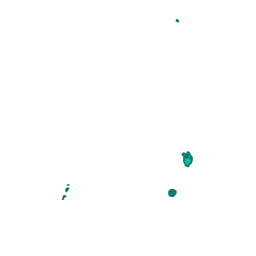 outline of Temotu Vatu, Temotu, Solomon Islands, rotated 247°
{"feature_id": "97153195B86794958448560", "entity_name": "Temotu Vatu", "entity_type": "district", "adm_level": 2, "iso_a3": "SLB", "parent_name": "Solomon Islands", "parent_adm1": "Temotu", "projection": "mercator", "projection_center": [166.908, -11.034], "detail": "fine", "context": "isolated", "style": "filled", "palette": "teal", "viewbox_px": 256, "rotation_deg": 247, "n_neighbors": 0, "source": "geoboundaries", "source_scale": "gbopen_adm2", "svg_char_len": 4534}
<svg xmlns="http://www.w3.org/2000/svg" viewBox="0 0 256 256"><g transform="rotate(247 128 128)"><path d="M82.5,173.9L82.3,173.4L81.9,172.8L81.8,172.5L81.2,171.9L80.8,172.1L80.3,172.3L79.6,171.5L79.5,171.4L79.2,171.4L78.7,171.3L78.7,171.0L78.4,171.2L78.5,171.5L78.8,171.7L78.9,171.8L78.7,171.9L78.7,172.0L78.3,172.1L78.2,171.9L78.1,171.7L77.9,171.6L77.8,171.8L77.6,171.7L77.5,171.4L77.9,171.2L77.9,170.8L78.0,170.7L78.0,170.3L78.2,170.2L78.0,169.8L78.2,169.6L78.1,169.3L78.2,169.2L78.4,169.1L78.6,168.9L79.0,168.4L79.0,168.1L78.9,168.0L78.5,167.7L78.1,167.7L77.9,167.6L77.4,167.5L77.4,167.3L77.1,167.3L76.6,167.1L76.4,166.8L76.2,166.8L76.2,166.7L75.9,166.4L75.4,166.4L75.2,166.5L74.9,166.5L74.2,166.5L74.0,166.4L73.7,166.5L73.5,166.4L73.3,166.6L72.7,166.6L72.6,166.8L71.9,166.6L71.6,166.6L71.4,166.5L71.1,166.2L70.9,166.4L70.9,166.8L70.7,167.1L70.4,167.1L70.1,167.3L69.9,167.3L69.7,167.6L69.4,167.8L69.5,167.9L69.3,168.1L69.1,168.3L69.0,168.7L69.2,168.8L69.5,169.2L69.6,169.3L70.0,169.2L69.9,169.4L70.1,169.6L70.2,170.0L70.2,169.9L70.5,169.9L70.6,170.0L70.8,170.3L70.5,170.8L70.6,171.1L70.7,171.7L70.8,171.8L71.0,171.8L71.0,172.3L71.2,172.5L71.5,172.8L72.1,173.1L72.2,173.4L72.2,173.5L72.4,173.7L73.0,173.8L73.4,174.4L73.7,174.6L74.3,174.6L74.6,174.3L74.9,174.1L75.0,173.7L75.3,173.4L75.5,173.3L75.8,173.2L76.1,173.2L76.2,173.5L75.7,174.0L75.4,174.1L75.0,174.9L75.0,175.2L75.2,175.3L75.4,175.3L75.5,175.4L75.8,175.5L76.3,175.3L77.1,175.2L77.3,175.0L77.5,175.0L77.9,174.8L78.6,174.8L79.1,174.6L79.4,174.7L79.3,174.2L79.4,173.6L79.6,173.6L79.8,173.7L80.1,174.1L80.3,174.7L81.3,174.6L81.5,174.5L81.9,174.2L82.1,174.0L82.3,174.0L82.5,173.9ZM54.3,143.1L54.3,142.8L54.2,142.8L53.8,142.7L53.8,142.8L53.7,142.8L53.6,142.7L53.5,142.8L53.4,142.7L53.3,142.8L53.3,142.7L53.2,142.8L52.6,143.0L52.5,142.9L52.3,142.7L53.2,142.4L53.8,141.8L53.7,141.5L53.7,141.4L53.3,141.5L52.8,141.5L52.7,141.4L52.9,140.9L52.9,140.6L52.5,140.7L52.2,140.7L51.9,140.2L51.7,140.2L51.5,140.7L51.2,140.7L51.1,140.2L50.7,139.9L50.6,140.0L50.6,140.3L50.3,140.4L50.4,140.6L50.3,140.9L50.1,140.9L49.9,140.6L49.9,140.3L49.8,140.0L49.5,140.2L49.6,140.4L49.5,140.5L49.0,140.3L49.0,140.5L48.9,140.6L49.0,140.7L49.0,141.0L48.9,141.1L48.6,141.3L48.5,141.7L47.9,141.9L47.8,142.0L47.5,142.3L47.4,142.6L47.5,142.7L47.7,142.8L47.9,142.9L48.0,142.8L48.0,143.0L47.9,143.2L47.8,143.4L47.8,144.0L47.6,144.1L47.8,144.1L48.0,144.5L48.3,144.6L48.5,144.4L48.9,144.3L49.3,143.9L49.6,143.9L50.0,143.7L50.2,143.4L50.1,143.2L50.3,143.0L50.3,142.8L50.5,142.8L50.7,143.1L50.9,143.1L50.7,143.2L50.6,143.5L50.8,143.7L51.0,143.9L51.2,144.1L51.1,144.4L50.5,144.3L50.3,144.2L49.7,144.4L49.6,144.6L49.4,145.0L49.1,145.4L49.1,145.5L49.0,145.4L49.0,145.6L48.9,145.6L48.7,145.8L48.8,146.0L49.0,146.1L49.3,146.6L49.5,146.7L50.1,146.9L50.4,147.0L50.6,146.8L50.6,146.6L50.7,146.4L50.9,146.8L50.8,147.3L51.0,147.3L51.8,146.9L52.0,146.3L52.1,146.5L52.4,146.4L52.5,146.5L53.2,146.1L53.3,145.9L53.5,145.4L53.8,144.9L53.8,144.7L53.6,144.8L52.8,144.8L52.4,145.0L52.4,144.9L52.2,144.8L52.3,144.7L52.2,144.6L51.9,144.5L52.0,144.3L52.0,144.1L52.3,144.2L52.3,143.9L52.6,144.2L52.9,144.3L53.1,144.3L53.1,144.2L53.5,144.0L53.8,143.8L54.1,143.8L54.1,143.5L54.3,143.3L54.3,143.1ZM83.1,169.1L82.8,169.0L82.7,168.9L82.7,168.7L82.8,168.6L82.9,168.4L82.8,168.1L82.7,168.2L82.6,168.4L82.4,168.2L82.2,167.9L81.7,167.7L81.4,167.7L80.9,168.0L80.6,168.2L80.3,168.6L80.2,169.0L80.1,169.3L79.5,169.6L79.4,169.8L79.5,170.2L79.7,170.6L79.5,170.8L79.5,171.1L80.0,171.2L80.3,171.0L81.2,170.7L81.5,170.5L82.2,170.3L82.5,170.0L82.6,169.9L82.9,169.5L83.0,169.5L83.0,169.3L83.1,169.1ZM96.2,48.8L96.1,48.3L96.1,48.1L95.9,47.8L96.0,47.6L96.1,47.4L95.8,47.3L95.7,47.2L95.2,46.7L94.1,46.3L93.9,46.4L94.1,46.5L94.0,46.9L94.2,47.0L94.5,47.4L94.3,47.6L94.4,47.9L94.6,48.1L94.7,48.5L95.2,49.0L95.7,49.3L95.8,49.6L96.1,49.3L96.2,49.0L96.1,48.9L96.2,48.8ZM208.6,215.4L208.5,215.2L208.4,214.9L208.2,214.6L207.7,214.4L207.2,214.6L206.9,215.2L206.3,215.6L206.2,215.8L206.4,216.1L206.7,216.2L207.7,215.8L207.8,215.8L208.1,215.6L208.6,215.4ZM90.5,42.7L90.3,42.5L90.3,42.4L90.1,42.5L90.0,42.4L89.7,42.4L89.4,42.4L89.2,42.4L89.2,42.6L89.2,42.8L89.6,43.1L89.6,43.3L89.7,43.2L90.2,43.2L90.3,43.3L90.4,42.8L90.5,42.7ZM88.5,40.8L88.4,40.7L88.3,40.4L88.1,40.5L88.1,40.3L88.0,40.1L87.9,40.2L87.6,40.0L87.5,39.9L87.4,39.8L87.8,40.3L88.1,40.5L88.3,40.8L88.5,40.8ZM89.4,41.4L89.0,41.0L88.8,41.1L88.9,41.3L89.4,41.4ZM99.1,50.4L99.0,50.2L98.9,50.2L98.9,50.4L98.9,50.6L99.0,50.7L99.0,50.8L99.1,50.7L99.1,50.4Z" fill="#14b8a6" stroke="#0f766e" stroke-width="1.5"/></g></svg>